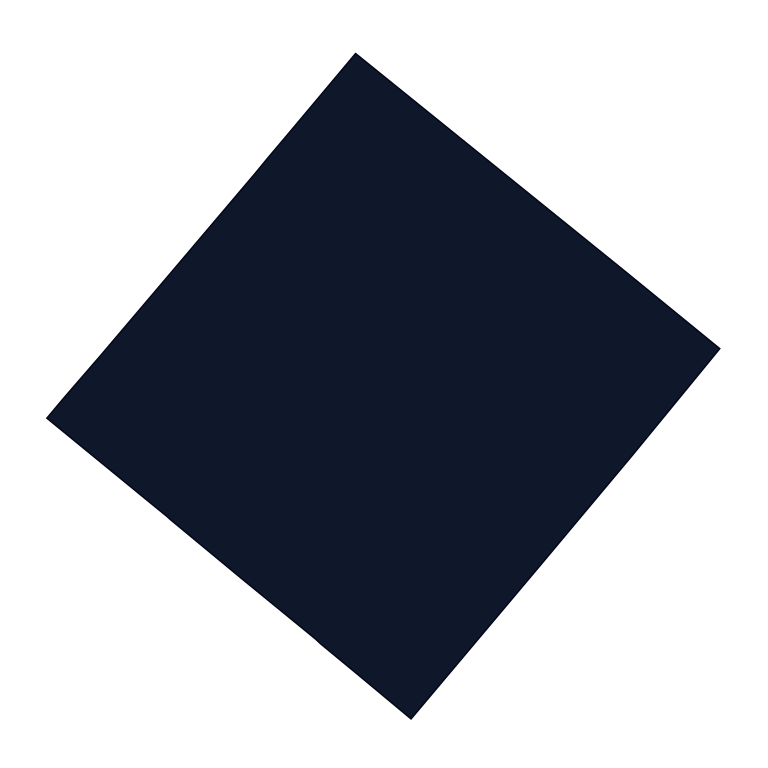 the district of Elkhart, Indiana, United States of America, rotated 310°
{"feature_id": "52423323B1645348206276", "entity_name": "Elkhart", "entity_type": "district", "adm_level": 2, "iso_a3": "USA", "parent_name": "United States of America", "parent_adm1": "Indiana", "projection": "robinson", "projection_center": [-85.898, 41.598], "detail": "fine", "context": "isolated", "style": "filled", "palette": "ink", "viewbox_px": 768, "rotation_deg": 310, "n_neighbors": 0, "source": "geoboundaries", "source_scale": "gbopen_adm2", "svg_char_len": 519}
<svg xmlns="http://www.w3.org/2000/svg" viewBox="0 0 768 768"><g transform="rotate(310 384 384)"><path d="M626.9,618.5L625.2,492.7L618.9,149.8L542.1,149.8L511.9,149.8L511.3,149.8L483.4,149.7L482.2,149.7L462.9,149.9L367.1,149.4L363.6,149.4L347.3,149.3L347.2,149.3L245.1,148.7L225.7,148.6L166.7,147.7L141.1,147.7L142.5,264.1L142.5,266.9L143.0,303.5L142.8,307.5L143.4,400.8L144.6,495.4L144.2,502.7L144.6,557.0L144.8,620.0L350.8,620.3L490.0,620.1L626.9,618.5Z" fill="#0f172a" stroke="#020617" stroke-width="1.5"/></g></svg>